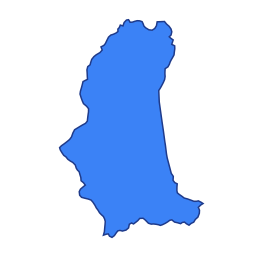 Guapimirim, Rio de Janeiro, Brazil, rotated 176°
{"feature_id": "56859067B76687286499853", "entity_name": "Guapimirim", "entity_type": "district", "adm_level": 2, "iso_a3": "BRA", "parent_name": "Brazil", "parent_adm1": "Rio de Janeiro", "projection": "mercator", "projection_center": [-42.966, -22.59], "detail": "fine", "context": "isolated", "style": "filled", "palette": "blue", "viewbox_px": 256, "rotation_deg": 176, "n_neighbors": 0, "source": "geoboundaries", "source_scale": "gbopen_adm2", "svg_char_len": 2490}
<svg xmlns="http://www.w3.org/2000/svg" viewBox="0 0 256 256"><g transform="rotate(176 128 128)"><path d="M160.0,22.8L157.1,23.6L155.0,23.7L154.0,21.4L151.6,20.0L149.1,21.6L146.8,24.5L145.3,26.1L143.2,26.4L140.7,25.6L137.1,26.3L134.4,28.3L133.4,31.9L131.1,33.0L129.2,31.9L126.7,33.5L124.7,34.9L122.6,37.0L119.2,36.9L117.2,35.0L114.3,31.6L111.6,30.5L109.3,30.5L106.7,30.0L104.4,29.4L102.5,28.6L100.5,29.1L97.5,30.3L95.0,31.6L92.8,33.0L90.7,33.3L88.1,30.9L85.1,30.0L82.2,28.9L80.4,30.0L78.2,30.2L76.4,28.4L73.9,26.8L71.7,28.4L69.0,29.5L67.2,32.1L64.5,34.2L62.8,37.9L62.4,41.0L63.4,44.0L60.8,46.1L58.4,47.4L60.2,48.8L62.9,50.4L64.9,50.1L67.4,50.3L70.2,51.6L73.6,53.1L76.8,54.2L79.2,56.3L81.8,58.4L83.3,59.9L83.6,62.2L83.3,65.7L82.8,68.9L85.1,70.2L86.7,72.6L86.2,76.6L88.0,79.7L91.0,95.5L91.4,99.2L91.7,104.6L91.9,108.4L92.2,111.5L92.6,117.9L92.9,122.6L93.6,131.6L95.0,151.8L94.7,163.2L92.6,166.1L91.2,168.3L89.6,170.9L88.1,173.8L87.4,176.8L87.4,179.4L87.2,181.7L86.8,184.6L83.9,186.2L82.3,188.7L81.3,191.0L80.1,193.0L78.6,195.2L77.0,197.7L76.5,200.4L75.8,203.8L75.7,206.7L78.5,208.4L76.8,212.7L79.0,214.5L80.5,216.1L78.6,217.7L77.6,220.9L78.2,223.8L79.9,226.6L82.2,228.9L84.2,231.7L88.0,231.8L91.5,231.9L92.5,228.0L94.4,225.4L97.1,223.9L100.3,224.5L103.5,226.8L105.0,228.6L105.6,230.8L106.5,233.1L108.9,234.1L111.4,234.4L114.1,233.9L116.2,233.3L118.5,233.3L119.9,236.0L122.0,235.8L124.5,233.5L125.9,230.2L128.5,231.2L129.7,228.8L131.2,227.4L131.3,224.9L133.5,223.5L136.2,222.5L138.7,221.9L141.1,220.0L143.0,216.8L144.7,213.8L146.3,212.1L149.3,210.8L148.3,207.6L150.7,205.2L154.7,203.2L157.0,201.6L159.4,199.0L160.6,196.1L161.4,193.7L163.9,192.0L164.9,188.9L164.9,185.9L165.0,182.4L165.0,179.4L169.6,177.5L170.7,174.1L171.7,171.2L172.9,168.0L173.5,165.2L172.6,161.3L171.7,158.2L170.7,155.4L167.8,152.6L166.0,150.0L166.3,146.7L166.8,144.5L167.5,141.0L168.1,137.7L170.1,135.6L173.2,134.2L176.0,132.8L178.7,131.4L181.4,130.0L183.3,126.9L185.0,123.0L187.1,120.6L189.3,119.0L191.5,117.5L193.4,116.3L195.7,114.9L197.6,113.2L197.1,110.9L195.7,108.1L194.0,105.2L191.9,103.5L190.2,101.0L187.9,99.1L185.5,97.5L183.2,94.8L182.4,91.5L181.4,89.6L179.8,87.8L179.2,84.9L178.5,81.8L178.5,78.7L176.2,76.5L174.6,74.0L177.0,72.3L179.7,70.3L181.1,67.9L180.9,64.3L179.2,62.1L176.1,61.0L172.6,59.9L169.9,58.7L168.2,56.5L166.3,53.1L165.2,50.5L163.7,48.2L162.3,45.4L160.7,43.5L158.7,41.4L157.7,38.9L157.2,36.4L157.6,33.5L158.2,30.0L158.8,26.2L160.0,22.8Z" fill="#3b82f6" stroke="#1e3a8a" stroke-width="1.5"/></g></svg>